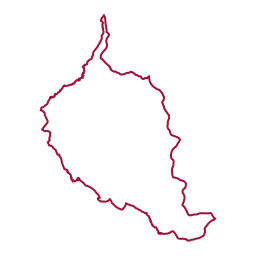 outline of Villapinzón, Cundinamarca, Colombia
{"feature_id": "7082276B98180996541689", "entity_name": "Villapinzón", "entity_type": "district", "adm_level": 2, "iso_a3": "COL", "parent_name": "Colombia", "parent_adm1": "Cundinamarca", "projection": "albers", "projection_center": [-73.591, 5.245], "detail": "fine", "context": "isolated", "style": "outline", "palette": "rose", "viewbox_px": 256, "rotation_deg": 0, "n_neighbors": 0, "source": "geoboundaries", "source_scale": "gbopen_adm2", "svg_char_len": 5649}
<svg xmlns="http://www.w3.org/2000/svg" viewBox="0 0 256 256"><path d="M215.2,218.8L214.0,217.8L212.3,215.4L211.5,213.7L211.0,213.2L210.3,213.0L208.4,213.4L200.4,213.2L199.3,213.4L197.4,214.3L196.7,214.4L193.7,214.6L190.4,215.4L189.1,215.2L188.2,214.4L187.7,213.6L186.6,210.7L184.1,206.6L182.7,205.5L182.4,204.8L183.8,201.5L184.5,198.4L184.5,196.7L183.8,194.4L182.7,192.8L182.5,191.9L182.6,190.8L183.2,189.6L185.1,187.9L185.6,186.6L186.0,183.9L185.8,183.1L184.2,181.4L182.6,180.7L180.3,180.2L178.3,178.7L176.7,178.0L173.3,177.4L172.9,176.7L172.4,175.5L171.9,169.7L172.2,168.2L173.4,165.3L173.6,162.0L173.5,160.7L173.3,160.1L172.2,159.3L171.7,158.6L170.9,156.9L170.9,154.9L171.9,150.8L173.3,148.8L176.7,145.8L176.8,145.0L178.1,142.9L179.3,141.3L180.0,139.3L177.8,137.4L171.4,135.0L170.3,133.2L169.5,130.4L167.8,128.2L167.4,126.0L167.9,123.7L167.7,121.8L169.1,118.2L169.1,116.0L168.7,114.8L168.0,114.1L166.7,112.0L165.6,111.0L165.4,110.0L164.5,109.0L164.1,107.7L164.2,106.8L163.3,105.5L162.8,103.7L162.3,103.0L162.3,102.0L163.7,99.8L164.0,98.4L164.0,96.8L163.6,96.5L162.7,94.1L161.8,92.7L160.4,91.2L159.7,90.1L156.4,88.9L155.6,88.1L153.4,86.7L151.4,84.5L150.1,82.2L149.7,81.0L148.9,76.4L147.9,77.2L147.2,78.2L146.5,77.9L144.8,78.1L144.0,78.9L143.0,79.1L142.3,78.5L141.5,78.2L141.3,77.2L140.7,76.5L138.5,76.1L136.7,74.9L135.7,75.0L133.1,72.5L132.6,72.3L131.8,72.3L130.9,71.7L129.2,72.7L128.3,72.9L127.0,72.8L125.0,73.8L122.0,74.6L121.2,74.6L120.6,74.1L119.9,74.0L119.1,73.2L116.7,72.4L115.2,71.4L114.1,71.6L113.5,71.5L111.6,70.3L110.5,69.1L110.8,68.8L110.4,68.0L109.6,66.9L109.8,66.7L105.0,62.3L102.4,59.3L100.8,58.4L100.7,57.9L100.9,55.5L101.4,54.1L102.8,52.1L105.9,48.7L106.7,47.2L107.1,44.7L106.2,41.4L106.2,40.5L106.9,38.3L108.1,36.7L109.0,34.8L108.7,33.9L106.6,32.0L106.6,30.2L105.5,23.2L105.2,18.6L104.8,17.0L103.9,15.4L101.7,18.1L101.0,19.9L101.0,20.8L102.4,21.8L102.9,22.6L102.9,23.2L102.3,24.3L102.7,25.8L102.4,27.1L103.3,28.4L102.9,29.5L103.6,31.8L103.2,33.4L101.6,35.8L101.9,38.1L101.6,39.2L100.7,40.7L100.3,42.2L100.0,42.7L99.5,43.0L99.2,44.0L98.2,45.2L98.2,45.5L97.4,47.0L93.6,51.7L93.2,52.8L93.2,53.9L93.0,54.1L92.9,54.7L93.0,55.5L92.0,56.6L92.2,57.5L91.3,59.0L88.7,60.4L88.1,61.3L87.6,61.5L87.2,62.1L87.2,63.6L87.0,64.1L85.3,65.0L84.6,64.7L84.2,65.5L83.0,66.2L83.1,66.7L83.5,66.9L83.3,67.2L83.6,67.2L83.7,67.8L84.0,68.0L84.1,69.8L84.0,70.2L84.2,70.4L84.1,71.0L84.4,71.2L83.8,72.8L83.5,72.8L83.7,73.2L83.0,73.7L83.0,74.0L82.7,74.1L82.6,73.9L82.4,74.1L82.5,74.4L82.7,74.5L82.6,74.9L82.7,75.2L82.3,75.2L82.2,75.5L82.5,75.8L82.5,76.1L82.8,76.1L82.6,76.3L82.9,76.4L82.9,76.7L82.4,77.1L82.7,77.1L82.7,77.3L82.3,77.3L82.4,77.7L81.7,77.6L80.4,78.3L80.1,78.9L79.7,78.9L79.7,79.1L79.4,78.9L79.3,79.9L79.0,79.7L78.8,80.0L78.5,79.7L78.3,80.2L77.9,79.8L77.7,79.9L77.9,80.0L76.9,80.2L76.7,80.7L75.9,81.0L74.7,82.1L74.8,82.6L74.3,83.4L73.4,83.3L73.1,83.7L72.8,83.7L72.7,84.2L72.1,84.1L71.9,84.6L70.8,84.9L70.3,84.7L69.4,85.2L65.4,86.1L65.0,86.1L64.8,85.5L64.6,85.5L64.5,85.8L63.9,85.8L63.1,86.6L62.7,87.8L61.7,88.9L61.6,89.3L60.8,90.0L60.2,90.1L60.2,91.1L59.5,91.8L58.1,92.4L57.6,93.3L56.7,94.1L56.1,94.2L55.5,93.9L55.2,94.0L55.3,94.5L55.1,94.7L55.1,95.0L54.7,95.2L54.7,95.6L54.2,96.2L54.2,96.5L53.8,96.6L54.1,96.8L53.5,97.2L52.9,97.2L52.1,97.5L51.5,97.3L51.3,97.5L51.0,96.9L50.7,97.0L50.6,97.3L50.3,97.2L50.1,97.4L50.3,98.3L49.8,98.5L49.4,99.6L48.5,100.7L47.3,104.0L45.3,105.4L44.6,106.1L43.1,107.1L41.8,107.5L41.2,108.1L41.2,109.3L40.8,110.3L42.4,110.7L43.7,112.1L44.3,112.4L44.7,113.1L44.7,114.9L46.0,117.5L46.4,118.6L47.3,120.0L47.7,121.8L47.2,122.9L43.4,127.6L42.2,129.6L44.3,130.9L45.4,131.3L47.2,131.0L49.7,131.7L49.9,131.9L50.2,132.9L50.1,135.9L49.3,138.2L49.4,139.4L49.7,139.9L49.3,140.7L47.8,142.2L48.7,144.4L49.3,145.5L50.7,145.6L52.6,146.6L52.9,147.5L53.4,148.1L55.8,150.2L56.2,151.3L56.2,151.7L56.9,153.1L57.1,154.0L57.9,154.8L58.8,154.6L59.3,154.7L59.6,156.5L60.6,157.4L61.3,159.0L62.0,163.0L64.4,169.0L65.0,169.2L65.3,169.6L66.4,169.6L67.0,169.9L67.2,170.5L67.7,171.0L67.8,171.4L67.3,171.8L67.4,172.0L68.2,172.9L68.6,173.2L69.3,173.3L69.9,173.9L70.8,175.3L71.0,176.3L70.9,177.1L71.7,177.6L71.6,178.1L71.1,178.4L71.1,178.7L72.3,180.5L72.3,180.3L72.7,180.1L74.1,180.8L74.7,181.4L76.0,180.7L76.7,180.0L78.0,180.3L78.4,179.1L77.6,178.6L77.6,178.3L78.0,178.0L79.1,178.3L79.7,179.9L83.0,182.6L84.2,183.7L85.1,185.1L86.0,185.7L87.8,186.0L91.7,188.1L94.7,190.6L96.6,193.2L98.2,194.6L99.8,197.5L99.7,197.8L98.1,198.1L97.8,198.6L98.6,200.1L100.4,201.3L104.9,201.7L106.0,201.6L107.4,201.1L108.6,200.5L109.7,199.2L110.2,199.5L111.2,200.9L111.8,202.9L112.7,203.5L115.0,206.0L116.9,207.4L119.0,208.6L120.9,209.3L122.4,209.5L122.8,209.2L125.5,205.6L126.1,203.4L129.7,205.0L132.2,205.8L133.1,205.8L136.1,208.3L137.2,208.6L138.7,209.7L141.0,210.7L141.9,211.7L143.3,211.9L145.0,213.2L145.4,213.3L146.6,213.0L146.8,214.0L147.4,215.1L149.1,216.5L149.1,217.2L149.5,217.7L149.5,218.9L150.0,219.1L150.4,219.9L150.3,221.0L150.9,221.1L150.8,221.8L151.7,223.4L151.9,224.6L152.0,224.8L152.5,224.9L152.8,225.8L154.3,226.8L154.8,227.5L156.0,227.4L156.8,228.2L156.9,229.6L157.9,230.4L158.2,231.0L158.2,232.7L158.6,233.5L159.5,233.7L159.5,233.0L160.2,232.9L160.6,233.5L161.1,233.0L161.4,233.0L161.9,233.6L164.1,233.9L167.5,233.6L169.8,232.8L171.5,231.6L172.9,231.2L174.9,233.2L176.8,236.2L177.6,237.9L178.4,238.5L181.2,238.9L182.4,238.5L183.6,238.9L186.1,239.2L187.5,240.6L188.1,240.5L189.2,240.6L191.3,239.8L193.4,239.6L196.1,238.6L197.6,238.5L200.2,237.6L203.5,235.6L204.3,234.7L204.4,233.6L205.0,232.2L205.1,230.6L204.5,229.0L205.7,226.8L207.1,225.3L208.5,223.3L210.8,221.2L211.6,220.6L213.6,219.9L215.2,218.8Z" fill="none" stroke="#9f1239" stroke-width="2"/></svg>